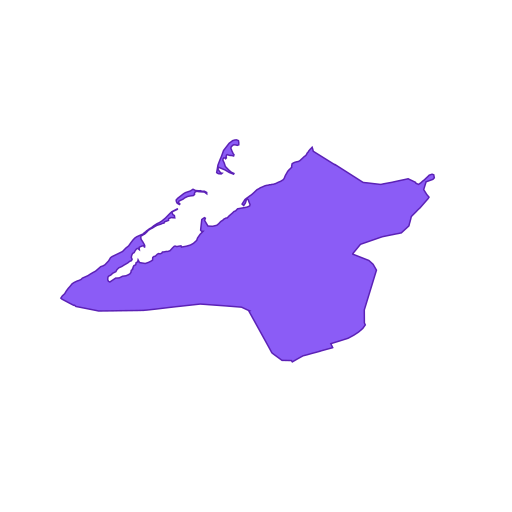 outline of Ad Durayhimi, Al Hudaydah, Yemen, rotated 66°
{"feature_id": "15242507B48909907999430", "entity_name": "Ad Durayhimi", "entity_type": "district", "adm_level": 2, "iso_a3": "YEM", "parent_name": "Yemen", "parent_adm1": "Al Hudaydah", "projection": "equal_earth", "projection_center": [43.019, 14.599], "detail": "fine", "context": "isolated", "style": "filled", "palette": "violet", "viewbox_px": 512, "rotation_deg": 66, "n_neighbors": 0, "source": "geoboundaries", "source_scale": "gbopen_adm2", "svg_char_len": 6060}
<svg xmlns="http://www.w3.org/2000/svg" viewBox="0 0 512 512"><g transform="rotate(66 256 256)"><path d="M247.3,85.6L247.2,86.3L245.2,95.7L244.2,100.6L244.1,101.3L241.9,110.3L241.6,112.0L241.4,112.8L240.7,114.1L237.8,119.0L236.6,121.0L234.3,124.9L232.4,128.2L222.1,135.0L207.3,144.8L205.0,146.3L204.6,146.6L204.8,146.8L185.7,159.7L183.6,161.1L181.5,160.7L179.5,160.5L180.4,162.6L180.4,162.8L180.8,163.6L181.4,164.9L182.2,166.0L182.6,166.9L182.9,167.6L183.8,168.5L184.6,170.1L184.7,171.2L185.3,172.9L185.8,174.3L186.1,175.3L186.7,176.9L186.9,178.8L186.5,180.4L186.2,182.4L186.2,183.6L186.2,184.2L186.4,185.5L188.4,186.9L189.4,187.2L190.4,189.8L190.6,190.7L191.1,191.3L191.3,192.2L192.0,193.2L193.0,194.5L194.2,196.2L195.7,197.8L196.7,198.8L197.4,200.3L197.8,203.2L197.7,205.4L197.8,208.0L197.8,209.3L197.6,209.8L197.6,211.0L197.0,212.3L197.0,213.2L196.3,215.0L196.4,215.6L195.8,217.5L195.5,219.2L195.5,222.5L195.4,224.3L195.7,225.8L195.8,228.0L196.5,230.1L197.0,231.4L197.9,234.1L198.3,235.6L198.6,237.4L199.0,239.0L199.3,240.7L199.9,243.1L202.9,247.6L204.9,246.7L203.4,244.3L202.2,243.1L201.5,242.7L200.9,242.1L200.6,240.5L201.4,240.2L203.3,240.4L206.6,240.5L207.7,241.5L207.7,244.2L207.2,246.5L205.4,253.6L206.5,256.3L206.4,258.0L207.2,260.2L208.5,264.5L209.5,266.7L209.1,268.1L209.2,269.2L209.2,270.2L209.9,272.1L210.0,273.5L210.4,274.8L211.3,276.8L212.0,279.3L211.2,283.6L209.1,287.7L202.6,288.5L200.9,286.9L200.0,287.5L200.3,289.3L200.6,290.7L209.9,296.1L211.2,295.7L211.9,294.3L213.5,298.3L215.8,302.1L217.6,303.8L219.0,308.0L219.3,311.4L218.7,315.8L217.5,320.5L216.2,320.4L215.6,322.7L215.2,324.5L214.0,325.9L213.9,326.8L214.6,328.8L216.2,332.4L216.0,334.7L215.3,336.2L214.9,338.3L214.3,339.9L215.1,341.0L215.0,342.7L214.1,344.1L214.3,345.6L215.3,348.2L214.9,349.2L215.3,350.9L217.7,352.2L218.0,354.2L218.1,356.9L217.8,360.2L216.2,362.7L214.6,365.1L211.6,365.3L213.2,366.5L213.3,368.2L215.1,369.5L215.1,371.4L216.2,372.8L216.8,373.0L217.1,373.8L218.0,374.1L218.4,375.8L220.1,376.9L221.0,378.4L221.2,380.1L221.2,382.8L220.2,386.2L220.4,389.7L219.8,391.5L219.1,393.2L220.3,400.1L219.1,401.1L217.4,401.1L216.4,400.6L215.4,400.1L214.6,399.2L214.4,398.1L214.4,397.0L214.1,395.4L213.5,394.3L213.3,390.4L211.9,388.6L211.0,386.2L211.0,382.9L210.6,380.3L210.3,377.3L210.1,375.7L209.5,373.6L209.6,371.7L208.6,370.5L206.6,370.5L205.1,369.5L203.5,367.8L203.3,365.9L202.4,364.8L201.1,362.7L200.8,361.5L201.1,360.9L202.8,360.0L200.6,359.3L200.5,358.5L200.5,356.3L200.7,355.3L200.9,354.4L203.0,354.3L201.1,353.4L200.0,353.4L197.0,353.7L194.0,354.2L192.2,353.7L191.4,353.3L190.8,352.5L191.0,351.1L190.6,350.5L190.7,349.0L189.8,346.3L188.8,344.0L188.4,341.6L188.3,339.1L187.9,336.5L187.7,333.9L188.2,329.9L188.1,328.4L188.5,326.6L187.6,325.7L187.9,321.4L187.1,321.1L186.7,320.9L186.3,320.3L186.4,319.2L186.3,318.0L186.9,317.0L188.1,314.7L185.8,314.1L184.4,315.1L182.4,315.1L181.8,315.0L181.5,313.5L181.4,309.1L180.9,308.2L181.3,314.9L182.2,317.5L184.5,323.3L185.8,328.0L186.2,330.9L186.2,333.2L186.8,337.0L187.6,340.0L187.8,342.3L188.3,344.4L188.6,346.0L189.2,347.3L189.2,348.4L189.8,349.7L190.0,350.7L189.9,351.9L189.9,353.7L189.9,357.1L190.3,359.4L191.3,361.8L193.1,365.1L195.0,368.3L195.8,371.6L197.6,376.1L197.7,378.7L197.8,381.4L198.0,387.8L198.4,389.6L200.5,392.6L201.1,394.0L202.6,397.6L202.8,399.8L202.6,402.2L204.6,408.8L204.8,411.8L205.2,415.1L205.6,417.5L205.6,423.6L206.3,425.4L206.3,427.8L206.1,429.5L206.2,432.8L206.6,435.3L208.1,438.2L209.2,440.7L210.8,443.5L212.7,446.2L213.7,449.2L215.1,451.4L216.5,450.8L223.8,445.1L226.9,442.6L227.0,442.4L227.1,441.9L227.3,441.7L228.6,441.2L228.8,441.1L240.3,424.8L242.2,422.2L247.9,409.0L250.1,403.8L256.6,388.7L257.8,385.9L260.1,380.4L260.2,379.9L261.0,377.7L263.9,368.6L267.6,356.6L269.7,349.9L270.9,346.2L277.2,326.5L279.6,322.0L280.9,319.6L288.6,305.2L296.7,290.3L297.0,289.9L300.0,287.3L303.2,284.5L303.5,284.2L303.5,284.9L315.1,283.9L344.1,281.4L349.2,281.0L349.6,281.0L351.1,280.8L353.5,279.5L358.9,276.4L361.9,274.7L365.9,266.2L367.5,265.9L366.9,260.2L366.5,256.0L366.4,254.6L366.3,253.7L367.0,249.6L367.6,245.4L368.1,242.2L368.3,241.1L369.0,236.6L368.9,236.6L369.9,229.9L370.9,223.6L370.9,223.2L366.5,223.3L367.1,218.5L367.6,214.3L368.6,205.2L368.1,198.8L367.2,193.3L365.6,187.9L363.5,184.4L363.4,184.2L361.2,184.2L349.3,179.0L317.9,151.7L311.2,152.4L306.0,154.7L293.7,166.8L293.2,166.6L291.7,163.6L290.3,160.8L287.8,155.8L289.4,137.0L289.5,135.6L289.8,132.7L291.6,124.4L292.1,122.3L292.6,119.9L293.5,116.2L293.8,114.5L294.0,113.9L293.8,113.3L290.7,104.1L288.4,102.3L287.6,101.6L285.0,99.5L283.9,98.7L283.1,98.0L282.1,95.5L280.7,91.8L279.8,89.7L279.1,87.7L279.0,87.3L278.8,86.7L273.6,75.5L272.6,74.0L269.2,75.0L263.6,75.8L263.4,75.6L263.2,75.5L257.7,70.7L257.4,70.5L257.9,63.8L257.9,63.1L257.1,61.3L254.1,60.6L252.9,61.9L252.6,64.9L253.2,66.4L254.1,69.0L254.9,71.2L255.4,73.4L256.2,75.6L256.6,78.0L256.7,78.4L256.4,78.7L255.4,79.6L254.7,80.3L253.6,80.3L250.4,83.0L248.2,84.9L247.3,85.6ZM149.0,235.2L147.5,235.2L146.3,234.4L145.5,232.6L145.3,231.1L146.3,229.3L147.3,228.1L147.4,226.5L145.4,225.6L143.5,225.1L142.0,226.5L141.4,228.2L141.1,230.4L142.1,234.7L146.4,242.7L151.3,247.4L153.1,249.4L157.5,253.8L163.8,258.0L164.9,257.4L165.7,256.6L166.9,254.3L166.6,253.3L165.9,254.4L163.7,255.0L162.6,255.2L161.2,255.5L159.7,254.1L163.0,251.0L164.9,249.2L168.9,246.4L170.4,244.9L172.1,243.2L171.6,242.6L169.4,244.5L166.4,245.9L161.7,247.6L158.1,247.2L155.0,247.3L154.0,246.7L153.3,245.7L153.7,244.5L154.8,244.2L154.3,243.1L153.4,243.1L151.8,241.9L151.7,241.0L153.3,239.3L154.4,237.2L155.5,235.8L154.5,234.9L153.0,235.3L152.1,235.2L150.3,235.3L149.0,235.2ZM174.5,303.9L174.4,299.5L173.9,297.6L173.8,294.2L174.4,291.5L175.3,288.7L174.8,287.1L173.9,286.9L172.8,285.8L172.8,283.8L173.9,282.2L176.6,277.1L179.1,275.7L177.9,275.2L175.8,276.8L174.9,279.0L173.8,280.1L173.0,282.0L171.5,284.7L169.4,286.4L169.9,289.4L169.4,294.8L169.7,297.0L171.4,304.0L172.4,306.2L173.9,306.6L174.7,306.6L175.8,306.5L177.8,305.0L177.5,304.4L176.1,304.9L175.5,305.2L174.5,303.9Z" fill="#8b5cf6" stroke="#5b21b6" stroke-width="1.5"/></g></svg>